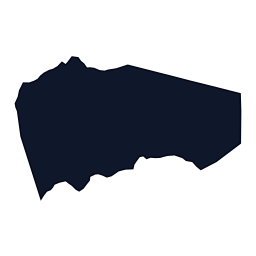 Serrinha, Rio Grande do Norte, Brazil
{"feature_id": "56859067B56101183977700", "entity_name": "Serrinha", "entity_type": "district", "adm_level": 2, "iso_a3": "BRA", "parent_name": "Brazil", "parent_adm1": "Rio Grande do Norte", "projection": "orthographic", "projection_center": [-35.59, -6.26], "detail": "fine", "context": "isolated", "style": "filled", "palette": "ink", "viewbox_px": 256, "rotation_deg": 0, "n_neighbors": 0, "source": "geoboundaries", "source_scale": "gbopen_adm2", "svg_char_len": 1003}
<svg xmlns="http://www.w3.org/2000/svg" viewBox="0 0 256 256"><path d="M23.4,83.1L19.7,90.6L18.4,96.9L15.4,103.5L16.1,107.3L17.6,110.9L21.1,136.4L41.0,199.0L43.3,195.3L46.5,191.1L50.4,189.5L52.5,187.0L54.1,184.1L59.3,182.0L65.9,180.5L68.8,182.9L72.2,185.2L75.9,188.9L79.1,190.8L82.9,188.3L85.7,184.7L89.2,180.2L89.6,176.4L95.1,173.8L98.4,173.5L103.0,175.0L106.8,176.8L111.3,175.6L118.4,170.7L125.4,168.9L132.8,168.6L133.7,164.4L136.0,161.0L139.3,156.5L143.4,155.6L146.6,158.4L150.4,157.0L155.3,157.4L160.0,157.2L163.7,156.1L167.5,155.2L174.6,154.7L183.0,157.6L186.2,160.3L192.6,161.4L196.7,166.0L200.8,169.4L216.2,161.4L240.3,143.2L240.6,111.3L240.1,93.8L203.4,84.5L189.6,81.1L175.0,77.3L170.7,76.2L127.8,65.3L116.3,69.0L108.2,70.3L104.7,71.4L99.4,70.8L94.0,68.5L90.2,68.0L86.6,68.2L83.7,64.0L80.4,61.3L78.0,57.8L72.1,57.0L68.0,62.4L65.7,65.0L62.0,62.4L57.9,66.7L53.3,69.4L49.3,70.6L44.3,73.2L40.6,76.2L38.0,79.4L34.1,81.5L29.3,83.2L23.4,83.1Z" fill="#0f172a" stroke="#020617" stroke-width="1.5"/></svg>